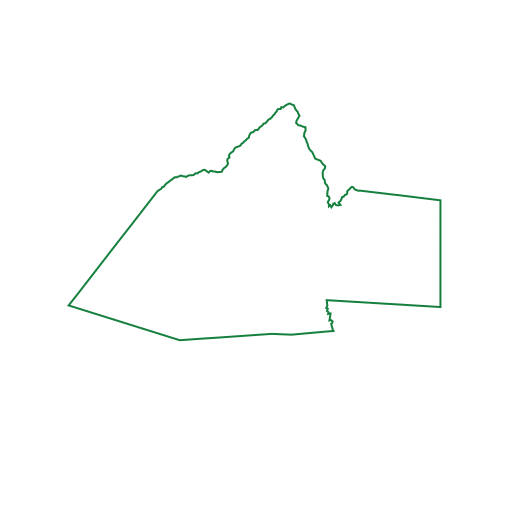 outline of Redenção do Gurguéia, Piauí, Brazil, rotated 155°
{"feature_id": "56859067B8713189832655", "entity_name": "Redenção do Gurguéia", "entity_type": "district", "adm_level": 2, "iso_a3": "BRA", "parent_name": "Brazil", "parent_adm1": "Piauí", "projection": "orthographic", "projection_center": [-44.528, -9.518], "detail": "fine", "context": "isolated", "style": "outline", "palette": "green", "viewbox_px": 512, "rotation_deg": 155, "n_neighbors": 0, "source": "geoboundaries", "source_scale": "gbopen_adm2", "svg_char_len": 2600}
<svg xmlns="http://www.w3.org/2000/svg" viewBox="0 0 512 512"><g transform="rotate(155 256 256)"><path d="M65.3,228.5L101.9,251.4L103.3,252.2L133.8,271.1L135.7,271.9L138.3,274.5L138.8,277.1L139.8,278.1L141.5,277.8L143.0,277.1L145.9,276.2L146.7,274.5L147.9,273.5L149.5,273.8L151.6,272.7L153.1,273.0L154.1,271.9L155.2,270.9L156.4,270.1L158.6,269.6L157.9,266.6L160.1,267.1L162.1,268.5L162.3,270.7L163.8,270.7L165.1,269.3L167.1,268.3L167.1,270.6L168.9,270.2L168.1,272.0L168.2,274.5L166.2,275.8L165.1,276.9L164.8,279.0L166.1,280.4L164.7,282.9L163.4,285.1L162.0,286.3L161.8,288.3L161.8,290.4L162.6,292.2L162.4,293.7L161.6,296.0L162.2,297.6L161.8,299.9L161.1,301.4L160.6,303.0L159.6,304.3L158.6,305.4L156.7,306.1L155.3,308.3L156.4,310.6L156.9,312.4L157.2,315.0L159.0,316.8L161.2,319.3L161.2,321.2L161.1,323.6L161.1,326.3L161.9,328.3L162.5,330.7L162.4,332.8L161.8,336.4L161.9,338.2L161.5,339.7L161.6,342.4L162.0,344.4L161.1,345.5L160.0,347.3L158.1,348.7L156.8,351.8L159.1,353.7L160.6,355.4L162.3,356.6L163.4,359.7L161.9,361.6L158.6,363.8L157.3,364.7L157.5,366.7L157.3,369.1L157.9,370.9L158.2,372.7L158.1,374.6L157.9,376.5L159.2,377.8L161.2,380.1L163.9,380.1L166.1,379.9L168.7,379.1L170.1,380.2L171.5,378.8L173.6,379.8L175.1,379.4L176.2,378.2L177.9,377.7L179.4,376.6L181.2,376.1L182.6,375.2L185.2,374.3L186.7,374.4L188.7,373.5L191.4,372.3L193.3,372.8L195.2,371.6L198.3,371.0L201.1,369.5L203.7,370.5L206.1,369.4L207.9,369.9L209.4,369.5L211.5,367.7L212.6,366.2L214.7,366.0L216.4,365.1L218.0,364.9L219.6,364.1L221.8,363.8L223.3,362.7L226.5,362.7L228.7,363.0L230.3,362.3L232.5,360.5L234.8,360.2L236.2,359.8L238.2,358.4L238.4,356.6L240.9,355.9L241.9,354.2L242.2,351.8L243.6,350.5L245.2,349.7L247.7,349.2L249.7,348.3L251.5,346.8L253.7,347.6L255.5,348.2L257.8,350.1L259.3,350.8L260.3,352.1L262.0,352.3L263.6,351.6L264.5,353.0L265.4,354.7L266.2,355.9L268.0,356.3L269.9,355.9L272.6,356.1L274.0,355.6L276.0,356.5L278.1,355.8L279.9,356.2L282.2,357.3L284.4,357.4L286.0,357.2L287.0,358.3L288.8,359.3L289.8,360.5L291.6,360.7L293.3,360.9L294.9,360.9L296.3,361.7L300.1,360.9L302.5,360.4L304.2,359.9L305.8,359.8L307.7,359.1L310.2,357.8L312.0,358.0L313.4,357.0L315.4,356.8L317.7,356.5L359.3,335.1L375.5,326.9L434.5,296.5L446.7,290.4L423.7,269.4L405.3,252.6L360.7,211.9L339.8,203.9L325.2,198.2L274.7,178.8L257.1,169.7L224.7,158.0L217.5,155.3L217.5,157.2L216.9,160.7L216.6,162.7L215.2,163.2L214.2,164.4L215.1,166.2L216.7,166.5L214.6,169.5L212.8,172.4L215.1,173.0L214.0,174.2L214.9,176.2L213.2,177.9L214.3,179.2L212.3,180.9L211.2,184.3L210.6,186.1L110.4,131.8L65.3,228.5Z" fill="none" stroke="#15803d" stroke-width="2"/></g></svg>